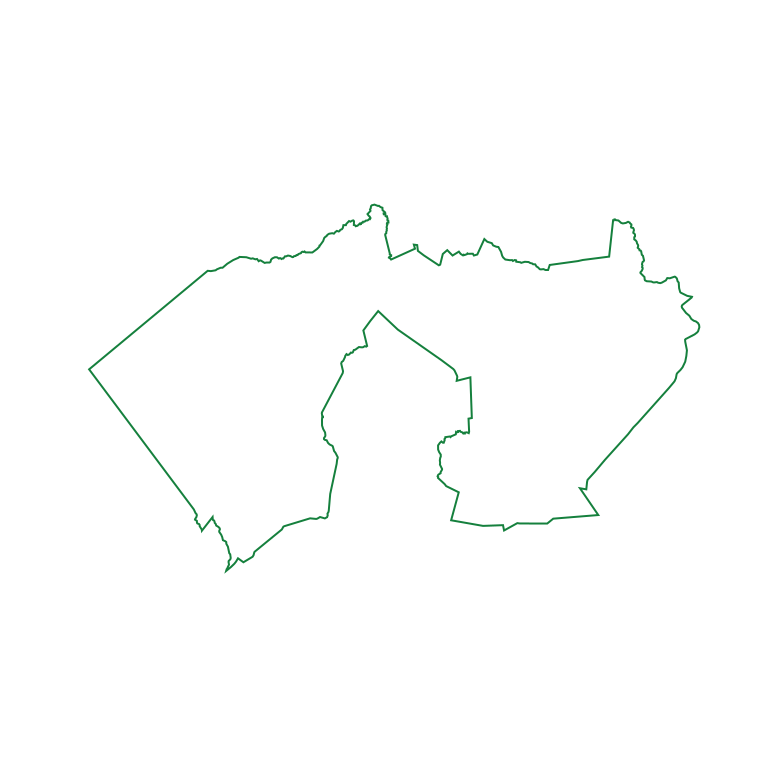 the district of Kieni, Central, Kenya, rotated 196°
{"feature_id": "3690345B61847449937296", "entity_name": "Kieni", "entity_type": "district", "adm_level": 2, "iso_a3": "KEN", "parent_name": "Kenya", "parent_adm1": "Central", "projection": "natural_earth1", "projection_center": [36.912, -0.221], "detail": "fine", "context": "isolated", "style": "outline", "palette": "green", "viewbox_px": 768, "rotation_deg": 196, "n_neighbors": 0, "source": "geoboundaries", "source_scale": "gbopen_adm2", "svg_char_len": 6160}
<svg xmlns="http://www.w3.org/2000/svg" viewBox="0 0 768 768"><g transform="rotate(196 384 384)"><path d="M518.6,192.8L512.1,208.9L511.3,206.7L510.7,206.0L509.9,206.0L509.2,205.4L508.4,203.8L507.2,203.1L506.3,201.7L503.6,200.9L502.2,200.0L501.7,199.2L501.9,197.2L501.5,196.3L499.0,194.3L497.3,192.2L495.8,189.5L493.2,189.1L492.1,188.6L491.5,186.9L489.2,184.6L486.1,178.7L484.9,177.9L483.4,174.5L483.4,173.2L484.5,171.1L484.4,170.1L483.2,167.6L483.8,164.4L483.6,163.6L484.2,162.7L484.2,160.8L480.6,166.0L478.3,170.0L477.3,172.4L476.3,176.2L470.0,173.9L462.7,181.7L462.2,183.4L462.3,186.6L461.9,187.4L442.1,216.0L441.4,219.1L440.7,219.8L418.0,234.5L412.0,235.6L411.0,236.2L408.8,238.5L403.8,238.5L402.0,240.3L401.9,242.2L402.6,243.8L402.1,245.7L402.2,247.1L405.4,263.5L407.5,294.2L408.2,298.4L408.1,300.1L408.3,300.9L411.8,304.6L413.5,305.8L415.9,309.7L416.5,310.3L419.6,310.9L421.5,311.9L423.6,314.1L425.3,314.0L426.4,314.4L426.8,315.4L426.1,317.5L426.2,318.6L427.3,321.2L430.1,324.0L432.1,327.0L433.8,332.7L434.2,334.8L433.5,335.2L433.7,335.9L434.4,335.8L435.7,338.7L435.8,339.6L426.7,383.1L426.9,385.0L430.8,391.9L430.7,393.5L429.6,395.0L428.9,399.2L429.0,400.3L428.3,402.4L426.8,401.9L425.6,402.8L424.5,405.1L423.5,405.1L422.7,405.8L422.4,408.3L421.0,409.1L418.3,412.6L415.1,413.2L414.1,413.7L412.9,415.1L411.4,415.0L410.7,415.9L418.6,429.8L414.6,440.7L409.7,452.5L385.7,440.1L335.2,422.7L321.5,417.5L320.0,416.5L316.1,412.1L315.5,411.1L315.0,407.1L302.8,414.2L290.2,375.5L293.2,374.0L289.0,361.5L289.0,360.1L291.0,360.4L293.1,359.5L292.7,358.7L294.1,358.2L295.4,359.1L297.4,359.2L298.0,359.9L300.0,359.1L299.6,358.2L300.8,357.5L301.5,357.7L301.1,355.4L305.0,352.2L305.4,351.3L306.2,351.7L310.4,349.8L310.2,348.6L310.7,347.7L310.2,346.7L310.4,344.0L311.3,343.8L313.0,344.6L314.0,343.0L315.1,339.9L313.9,335.9L312.2,333.7L310.0,331.8L309.4,329.8L309.6,328.6L309.3,326.0L308.3,323.6L308.0,321.9L304.8,318.4L304.6,317.7L305.3,314.7L305.0,313.8L306.7,311.9L307.0,311.1L307.0,309.9L306.3,309.6L306.2,308.6L298.1,304.5L296.1,303.0L282.3,300.5L281.9,271.5L249.7,274.9L230.7,281.1L228.2,276.3L217.5,287.0L214.8,287.4L188.6,294.9L184.2,301.2L141.9,317.1L166.9,337.8L160.5,338.5L161.8,345.8L161.9,348.0L157.2,357.5L150.7,372.0L135.6,402.9L132.3,411.1L129.4,416.4L109.0,458.7L105.5,466.6L105.0,470.0L105.4,474.1L105.1,475.3L102.9,479.2L101.6,482.4L100.6,488.5L101.1,494.3L102.1,499.9L106.1,507.7L106.8,509.6L106.4,510.4L99.1,517.3L97.2,519.9L96.6,521.3L96.5,525.5L97.4,527.6L98.9,529.1L101.4,530.1L103.7,530.2L106.5,531.2L109.3,533.8L113.2,535.5L118.6,539.5L119.2,540.6L119.2,541.7L118.7,542.6L113.3,550.2L112.1,551.9L112.0,552.7L116.9,552.3L124.0,553.6L124.7,554.1L126.7,557.4L128.7,562.8L130.1,563.7L131.6,566.2L133.5,567.3L134.2,567.3L138.4,564.4L140.9,563.9L141.6,561.3L144.9,558.0L146.3,557.1L148.5,556.9L149.7,557.2L152.5,556.0L153.6,555.9L155.2,556.2L159.8,555.2L161.7,555.6L162.3,556.5L163.1,558.6L168.0,561.3L168.3,562.0L167.4,563.9L167.1,566.0L167.5,567.1L168.2,567.5L168.2,569.1L169.0,570.1L169.1,571.2L169.0,572.8L168.3,573.4L168.1,574.5L170.4,578.6L171.8,579.3L173.4,582.5L174.1,583.0L175.2,582.9L175.7,583.9L177.7,584.9L177.7,586.8L178.1,587.6L179.6,589.0L180.3,590.4L181.6,591.4L183.3,592.0L183.9,594.1L183.4,595.0L183.6,595.9L184.0,596.9L184.8,597.6L185.8,597.8L186.2,598.5L186.1,600.7L186.6,601.7L187.6,602.7L189.4,602.5L190.0,603.3L189.9,604.9L190.2,605.6L191.8,606.3L192.3,606.9L194.1,607.2L195.9,605.5L198.6,604.2L200.4,604.2L203.7,605.8L206.4,605.4L207.1,605.9L208.0,605.7L208.2,604.6L208.9,604.5L202.7,568.5L227.1,558.0L231.5,555.6L257.5,544.1L257.7,538.8L260.3,538.1L262.3,538.4L264.8,537.4L265.9,537.3L268.2,538.6L269.8,539.0L271.6,540.7L273.7,540.2L274.7,540.7L276.8,540.6L278.6,541.1L282.3,540.3L285.5,538.3L286.5,538.6L290.6,538.0L291.1,539.3L292.5,539.2L294.0,537.8L294.9,538.4L297.2,537.7L301.7,537.1L304.4,538.5L305.8,539.9L307.9,543.3L311.8,547.2L313.9,546.9L317.3,547.3L319.2,549.1L323.9,549.2L327.5,551.0L330.0,534.2L333.0,532.3L334.5,533.7L339.2,532.3L339.8,532.5L340.0,531.7L342.2,530.1L343.0,530.3L343.5,529.4L346.2,530.2L348.5,531.9L353.5,526.4L360.1,530.1L363.3,525.2L362.9,514.2L364.0,513.2L381.1,518.6L388.1,521.3L390.4,526.7L393.7,526.2L391.5,522.6L411.5,505.6L412.4,506.3L414.1,506.8L413.9,507.7L412.4,508.9L412.6,509.8L414.2,510.2L414.4,511.0L424.0,527.7L424.0,528.7L423.4,529.5L423.8,531.1L423.6,532.3L424.0,533.1L424.0,534.2L424.6,535.1L424.8,536.3L424.7,538.4L425.4,538.7L425.4,539.7L424.2,540.4L424.9,542.2L425.7,542.1L426.1,542.9L426.1,543.9L427.4,546.0L428.0,545.6L428.8,545.8L429.5,547.7L431.0,547.1L431.4,547.9L430.6,548.4L430.3,549.3L433.3,550.7L434.1,553.0L436.1,553.1L438.0,553.9L438.8,553.5L442.6,553.8L445.0,552.4L445.5,551.3L445.2,549.0L445.6,548.0L444.7,546.7L446.7,542.8L445.1,541.5L444.0,541.1L442.7,539.8L442.9,538.8L443.5,539.0L443.7,538.2L444.9,536.7L446.6,536.0L447.4,534.7L448.9,534.2L449.0,533.1L449.9,532.9L450.4,532.2L450.2,531.4L450.8,531.0L451.5,531.5L453.1,528.8L454.6,527.9L455.1,528.5L456.8,528.5L457.7,532.2L458.5,532.8L459.4,532.4L461.0,530.8L462.5,531.0L464.4,527.4L464.4,526.2L466.8,525.5L466.6,522.7L467.1,521.2L468.5,520.1L469.0,518.6L469.6,518.1L471.5,518.2L472.7,516.6L473.6,514.7L475.3,514.7L477.4,513.7L478.2,513.3L479.5,511.8L480.1,510.1L480.7,509.7L481.7,507.9L481.9,504.6L483.6,499.9L484.2,499.3L483.9,498.4L485.5,495.4L489.1,490.7L495.7,488.9L496.9,489.5L497.4,488.8L498.9,488.7L499.6,488.0L499.9,486.9L502.1,485.3L502.6,484.1L503.7,483.8L504.2,482.7L505.7,482.1L506.2,481.1L507.0,480.7L509.4,481.2L511.7,481.0L513.3,479.7L514.4,479.4L515.3,476.9L516.3,476.7L516.9,475.9L518.3,476.4L519.0,476.2L519.6,475.6L521.8,476.3L523.8,475.8L525.9,474.0L526.3,473.3L526.8,472.5L526.8,470.1L527.5,469.2L530.4,468.4L532.1,467.5L536.3,468.7L537.2,468.7L538.3,467.5L540.5,469.2L542.0,468.4L544.8,468.6L546.3,467.8L551.3,467.9L558.0,466.3L558.5,465.4L563.1,461.6L567.8,456.4L571.2,451.3L573.1,450.7L576.2,448.2L577.2,446.9L581.5,444.8L584.7,444.2L671.5,316.8L532.2,211.0L529.6,208.0L528.2,207.1L527.7,206.1L527.7,204.1L528.3,202.5L528.3,201.5L526.2,200.9L525.5,199.0L524.9,198.5L523.2,198.4L522.3,197.6L522.0,196.5L519.0,193.8L518.6,192.8Z" fill="none" stroke="#15803d" stroke-width="2"/></g></svg>